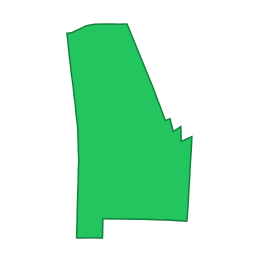 the district of Negoi, Dolj, Romania, rotated 174°
{"feature_id": "2599482B37503809350208", "entity_name": "Negoi", "entity_type": "district", "adm_level": 2, "iso_a3": "ROU", "parent_name": "Romania", "parent_adm1": "Dolj", "projection": "equal_earth", "projection_center": [23.369, 43.899], "detail": "fine", "context": "isolated", "style": "filled", "palette": "green", "viewbox_px": 256, "rotation_deg": 174, "n_neighbors": 0, "source": "geoboundaries", "source_scale": "gbopen_adm2", "svg_char_len": 1412}
<svg xmlns="http://www.w3.org/2000/svg" viewBox="0 0 256 256"><g transform="rotate(174 128 128)"><path d="M178.8,228.6L178.8,216.0L178.8,207.0L178.7,194.9L178.7,187.9L178.2,175.6L178.3,165.7L178.0,157.0L178.2,149.1L178.0,138.2L178.0,135.5L178.0,133.6L178.2,130.7L178.6,125.5L179.0,120.6L179.2,115.7L179.6,113.5L179.9,108.4L180.1,105.5L180.3,102.5L180.4,101.0L180.6,100.3L180.7,98.7L181.0,96.6L181.2,95.4L181.9,91.6L182.1,88.0L182.4,85.6L182.6,84.6L182.8,83.1L183.0,81.3L183.4,78.2L183.8,75.3L184.2,72.4L185.8,61.3L187.1,51.1L188.4,40.6L189.7,31.1L190.6,24.1L189.7,23.9L187.7,23.7L184.3,23.3L182.8,23.2L181.2,23.1L179.2,22.9L177.0,22.7L174.5,22.4L172.0,22.1L168.7,21.7L165.8,21.4L164.9,21.3L164.2,26.1L163.7,30.9L163.0,35.9L162.9,36.4L162.9,37.0L162.8,37.7L162.8,37.9L162.7,38.4L162.7,38.5L162.7,38.8L162.7,39.1L162.5,40.4L161.4,40.3L158.3,39.8L151.9,39.1L131.7,36.7L123.1,35.7L118.1,35.0L112.8,34.3L109.9,33.9L107.3,33.5L105.7,33.3L104.9,33.2L103.4,32.9L101.2,32.7L97.4,32.2L92.7,31.4L88.0,30.6L81.1,29.5L79.9,29.3L79.2,29.2L77.5,38.1L76.1,46.6L72.2,70.3L69.9,84.9L67.7,97.8L67.1,101.3L65.5,111.4L65.4,112.8L68.4,111.8L76.5,109.1L76.0,115.0L75.3,123.9L78.7,122.1L83.3,119.8L83.7,122.3L85.2,132.5L85.2,132.8L89.2,131.8L90.1,131.6L99.5,167.7L118.1,231.5L118.8,231.6L125.5,232.1L135.6,233.4L149.5,234.6L151.7,234.7L158.8,234.0L174.2,228.6L178.8,228.6Z" fill="#22c55e" stroke="#15803d" stroke-width="1.5"/></g></svg>